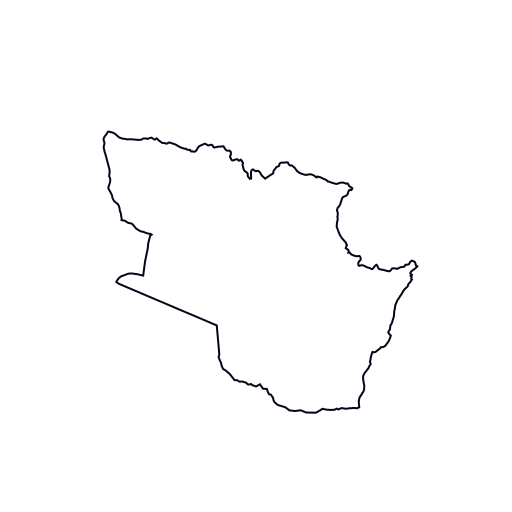 Togüí, Boyacá, Colombia (Natural Earth projection), rotated 149°
{"feature_id": "7082276B31863850614699", "entity_name": "Togüí", "entity_type": "district", "adm_level": 2, "iso_a3": "COL", "parent_name": "Colombia", "parent_adm1": "Boyacá", "projection": "natural_earth1", "projection_center": [-73.509, 5.918], "detail": "fine", "context": "isolated", "style": "outline", "palette": "ink", "viewbox_px": 512, "rotation_deg": 149, "n_neighbors": 0, "source": "geoboundaries", "source_scale": "gbopen_adm2", "svg_char_len": 6132}
<svg xmlns="http://www.w3.org/2000/svg" viewBox="0 0 512 512"><g transform="rotate(149 256 256)"><path d="M245.4,73.2L244.6,74.9L243.0,78.1L241.5,80.0L240.2,81.2L239.4,81.8L236.3,83.2L235.2,83.9L234.1,84.3L233.0,85.1L232.1,86.0L230.9,87.6L229.7,89.6L229.3,91.2L227.6,95.1L227.3,96.0L225.9,97.9L224.9,98.7L222.6,100.0L221.3,100.4L216.8,102.2L216.6,102.6L215.9,103.1L213.6,104.1L213.1,104.7L213.0,106.5L211.7,107.7L209.4,110.4L206.0,113.6L205.6,113.8L204.9,112.9L203.0,112.2L197.3,112.9L195.8,113.5L195.1,113.0L194.1,112.5L192.3,112.3L190.2,112.9L188.7,113.6L187.4,114.0L186.0,114.8L183.7,116.3L181.4,118.4L182.0,120.7L182.1,122.2L181.1,123.1L179.5,124.0L179.0,124.1L176.6,127.2L174.4,128.3L173.5,129.0L172.1,130.4L170.2,132.0L168.4,133.9L167.3,135.6L165.2,138.3L164.0,139.5L161.7,142.3L158.2,144.8L156.9,145.6L155.0,146.3L153.0,147.5L151.9,147.8L147.5,150.3L145.3,151.1L142.1,151.7L141.4,152.0L140.6,152.8L139.9,153.4L137.6,154.1L134.5,155.5L134.8,156.4L134.7,156.6L133.6,157.6L133.3,158.0L133.3,158.4L133.8,159.1L133.8,159.3L132.1,159.5L132.7,161.6L132.3,162.1L130.7,162.9L126.3,163.3L123.1,163.9L122.9,164.3L123.8,165.6L123.4,166.7L122.9,168.8L123.7,170.4L124.7,171.7L125.8,171.7L126.9,171.5L129.0,170.3L129.8,170.3L131.1,170.8L132.3,171.5L133.9,170.8L134.2,170.5L135.0,170.7L137.4,171.8L138.6,172.0L141.3,172.2L141.9,172.5L142.6,173.3L144.1,174.4L145.5,175.2L146.4,175.0L146.9,174.7L148.4,174.2L149.2,174.2L149.9,174.4L151.7,176.0L153.9,178.5L155.0,179.3L156.6,180.8L157.3,181.8L157.4,182.5L157.1,184.6L157.2,186.4L157.6,186.5L160.0,185.9L161.9,185.1L162.9,184.9L163.5,185.1L164.9,187.3L166.7,189.2L168.6,192.3L169.2,192.9L169.8,193.5L171.3,194.1L172.1,194.2L172.7,194.4L172.8,194.7L172.9,195.4L172.6,196.1L171.9,197.4L170.7,198.2L168.5,198.8L167.8,199.4L167.2,200.8L167.2,201.5L167.2,202.4L167.5,202.9L169.6,203.8L170.3,204.3L172.1,206.2L172.8,207.3L173.8,208.7L173.7,209.3L173.9,210.5L174.8,211.3L175.1,211.4L173.9,212.5L173.9,213.6L174.0,214.2L174.2,214.8L175.1,216.3L174.6,217.0L172.8,218.2L172.4,218.6L172.4,218.9L172.6,219.2L172.2,220.2L172.1,221.0L172.8,225.2L173.2,227.1L173.3,229.4L173.2,231.3L172.8,234.3L172.1,237.6L172.0,238.5L171.7,239.6L170.1,242.0L167.1,245.4L166.6,246.1L166.0,247.8L165.4,248.3L164.2,250.0L163.5,251.4L163.1,253.5L161.5,254.9L161.1,255.3L159.3,255.7L157.6,256.7L156.6,257.4L153.2,260.5L151.9,261.4L151.0,261.7L148.3,261.3L147.0,261.3L145.6,261.9L144.7,262.6L144.2,263.2L142.3,264.4L141.9,264.5L141.5,264.4L140.7,263.9L140.2,263.4L139.2,263.9L138.5,264.5L140.1,267.9L140.0,270.6L140.3,271.2L140.7,271.2L141.5,271.6L143.5,274.1L146.0,275.4L149.5,276.1L149.8,276.3L150.7,277.0L153.6,280.1L155.0,282.0L156.1,282.9L156.6,285.0L157.8,286.5L160.1,290.1L162.4,292.5L163.4,292.0L163.9,292.6L164.4,293.9L165.0,295.4L166.8,297.7L169.2,299.0L171.2,299.6L172.9,301.1L174.5,303.0L175.8,304.7L177.1,307.7L177.4,311.7L178.4,314.6L179.0,315.5L179.9,315.8L180.2,316.2L180.6,317.1L180.7,318.5L180.5,319.8L180.7,320.0L183.8,321.7L184.4,321.8L185.8,322.8L186.6,323.1L187.8,323.1L188.3,322.9L189.1,322.2L189.5,321.6L190.2,321.3L192.6,321.7L196.7,320.1L197.4,319.6L198.4,318.3L199.2,317.9L201.4,318.0L208.3,317.6L209.6,322.1L209.6,325.8L209.8,327.0L210.4,327.8L210.9,328.3L212.2,328.6L212.6,329.0L212.9,329.4L213.9,331.6L214.4,332.0L215.5,331.8L216.6,331.0L217.4,330.1L219.5,326.2L220.4,324.9L221.0,325.3L221.6,325.4L221.6,326.2L221.9,327.3L221.9,328.2L221.7,329.2L221.2,329.9L220.7,331.3L220.8,331.9L221.4,333.6L221.8,334.3L222.0,335.0L221.9,336.9L220.5,341.3L219.3,342.2L219.2,343.0L219.3,343.7L219.1,344.0L219.1,344.6L219.4,346.3L219.7,346.6L220.0,346.6L220.7,346.2L221.5,346.5L221.8,346.8L222.0,348.1L222.5,348.8L223.4,349.2L226.3,349.7L227.1,350.1L227.3,350.5L227.5,351.2L227.2,353.4L227.3,354.3L227.1,354.6L225.0,356.2L224.6,357.3L224.1,357.8L224.0,358.6L224.4,359.6L224.8,360.2L225.8,360.7L226.9,361.6L227.3,363.1L227.4,366.8L230.1,368.1L231.6,369.0L235.7,370.4L236.2,370.8L236.4,372.1L236.2,372.8L236.5,373.8L236.7,374.2L237.8,374.7L239.9,375.3L240.3,375.6L240.7,376.3L241.0,377.3L241.9,378.5L242.3,378.7L247.4,379.3L249.3,379.1L252.8,377.2L253.5,377.0L254.8,377.0L256.2,377.9L256.5,378.4L257.9,379.1L258.0,379.5L257.8,380.2L258.0,381.0L259.3,381.8L259.8,382.2L260.6,383.2L260.8,384.1L261.4,384.3L262.0,384.8L263.9,386.9L264.6,387.8L266.1,390.3L267.6,393.1L271.2,397.3L272.4,398.2L274.4,398.2L274.9,398.4L276.3,400.0L277.8,401.0L278.5,401.8L278.8,402.5L278.9,403.0L279.9,405.2L280.3,407.2L280.6,408.1L281.1,408.1L282.3,407.8L282.9,408.0L283.7,409.2L284.5,411.2L287.0,412.0L288.7,412.2L289.5,413.2L290.0,413.6L292.1,414.8L294.2,414.7L296.8,415.9L302.9,420.4L306.5,422.4L308.1,424.0L309.7,425.1L312.3,428.2L313.6,432.5L314.7,434.9L317.8,438.2L318.8,438.8L321.8,437.3L323.9,436.5L326.0,435.3L326.8,434.1L327.5,431.4L328.3,430.1L330.2,428.2L330.8,427.2L332.2,422.9L332.6,421.0L337.1,405.4L338.4,403.1L340.7,400.2L341.1,397.9L341.4,396.9L342.1,395.7L342.8,394.8L343.9,393.7L346.7,391.4L347.4,390.6L347.8,389.5L347.9,388.0L347.8,386.6L348.2,381.9L348.7,380.9L349.1,379.7L349.3,377.7L349.3,376.2L348.8,374.5L348.0,372.6L347.7,370.6L347.9,369.0L348.3,367.5L349.6,364.3L349.7,362.8L352.0,357.1L352.8,356.0L351.5,354.9L350.3,353.8L349.7,352.7L349.1,351.2L348.3,350.1L345.9,347.8L345.4,346.6L344.6,341.0L343.7,339.5L342.9,337.7L341.8,336.2L340.2,334.8L337.9,331.8L335.0,329.1L334.5,328.0L336.1,327.9L336.7,327.5L342.0,322.2L345.0,318.1L353.8,308.6L362.8,297.3L367.1,301.5L371.6,305.1L374.5,306.6L382.0,308.0L384.4,307.8L387.1,306.9L389.1,305.7L387.7,302.6L348.2,248.1L337.7,233.7L325.4,216.7L338.2,190.4L340.0,188.9L340.8,184.9L340.9,183.0L342.0,179.5L342.4,176.1L341.1,173.8L339.3,168.5L338.3,160.6L336.3,159.4L334.6,156.5L332.7,155.8L331.4,154.4L329.6,152.3L329.3,150.4L328.1,149.4L326.2,148.8L325.6,147.1L323.1,144.1L318.7,144.0L318.3,138.6L315.2,136.5L315.9,133.0L316.0,130.7L314.7,129.5L314.4,125.7L315.3,123.3L315.4,121.0L314.0,117.0L308.8,111.3L306.8,106.4L302.2,102.9L297.2,100.8L293.6,96.0L285.3,90.8L280.8,90.7L277.7,90.8L275.0,88.2L271.3,85.6L268.2,83.9L265.2,83.5L264.4,82.0L261.0,81.6L257.3,78.5L254.1,77.3L252.5,76.3L251.1,75.8L247.7,73.4L245.4,73.2Z" fill="none" stroke="#020617" stroke-width="2"/></g></svg>